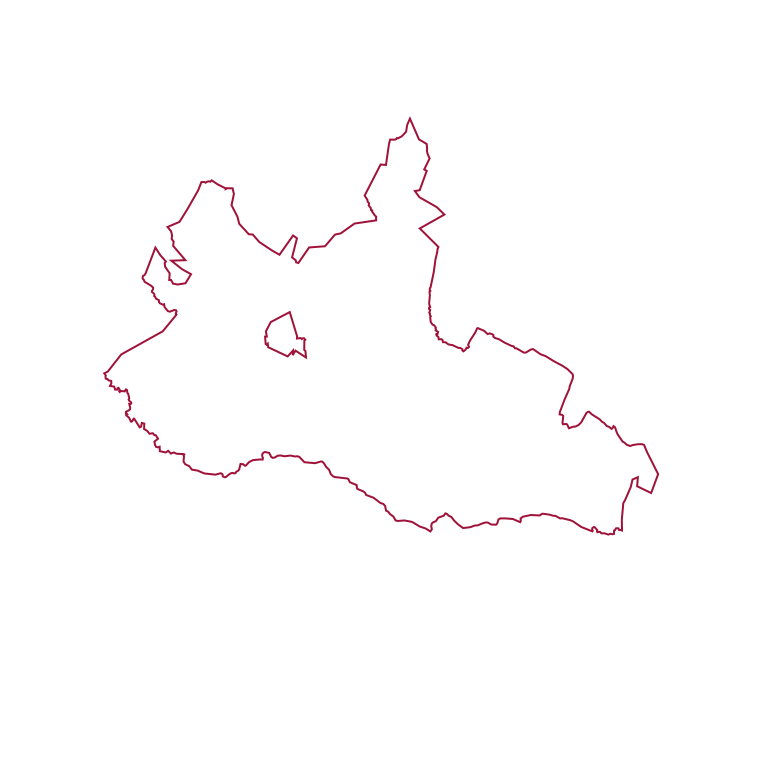 Masvingo, Masvingo, Zimbabwe (Mercator projection), rotated 315°
{"feature_id": "62879985B11590561680965", "entity_name": "Masvingo", "entity_type": "district", "adm_level": 2, "iso_a3": "ZWE", "parent_name": "Zimbabwe", "parent_adm1": "Masvingo", "projection": "mercator", "projection_center": [30.887, -20.31], "detail": "fine", "context": "isolated", "style": "outline", "palette": "rose", "viewbox_px": 768, "rotation_deg": 315, "n_neighbors": 0, "source": "geoboundaries", "source_scale": "gbopen_adm2", "svg_char_len": 6167}
<svg xmlns="http://www.w3.org/2000/svg" viewBox="0 0 768 768"><g transform="rotate(315 384 384)"><path d="M590.0,214.7L583.6,217.2L577.9,221.3L571.6,221.4L567.5,220.1L567.1,219.2L565.5,219.4L564.3,218.8L561.2,215.5L557.1,217.9L540.3,230.5L536.8,226.4L503.5,237.1L502.5,242.0L501.3,243.6L501.3,245.6L499.4,247.0L499.1,250.1L497.8,252.0L498.4,253.0L497.5,253.7L496.7,258.5L496.8,260.1L494.1,262.7L476.6,249.7L459.9,246.9L455.0,243.7L439.7,244.9L427.6,234.5L409.0,237.9L407.9,235.8L409.1,234.0L408.5,229.5L425.5,219.4L424.7,214.7L401.5,218.7L399.3,210.8L396.2,195.4L396.9,185.5L394.3,182.5L394.9,168.4L398.7,162.0L402.6,149.8L412.2,143.5L415.3,138.6L410.8,133.9L410.7,134.4L410.0,134.2L410.4,133.9L407.5,125.1L406.2,118.2L404.2,118.1L403.2,116.6L401.6,115.7L400.3,115.6L399.7,114.0L397.6,112.1L389.7,115.6L368.5,121.4L354.7,124.6L353.9,124.7L342.0,119.9L341.4,125.5L339.3,129.0L336.4,131.3L336.0,134.5L332.6,137.2L331.1,156.0L320.8,146.4L322.4,160.1L325.2,169.9L314.9,172.4L308.4,167.7L305.8,163.8L307.0,159.9L305.7,158.6L310.7,154.2L312.1,146.5L314.4,143.4L316.4,143.2L316.9,134.8L318.8,125.9L293.7,137.2L291.6,137.6L290.0,137.2L288.6,138.0L287.8,139.1L287.8,140.5L287.0,142.5L288.8,149.7L288.9,152.6L287.7,153.7L285.6,154.2L285.0,154.9L285.3,157.2L284.9,158.4L283.7,159.3L283.9,160.4L283.1,162.5L284.1,165.5L282.8,167.0L282.6,168.3L283.7,171.6L284.9,172.1L283.2,174.6L282.7,179.7L283.8,181.5L287.9,183.3L289.1,184.9L288.7,185.9L286.4,187.0L286.3,188.2L264.8,190.3L219.1,177.3L197.6,179.9L193.7,178.7L193.3,181.3L192.1,182.0L191.2,183.2L191.2,184.1L192.0,185.0L191.8,186.7L193.3,188.9L191.6,190.8L188.9,191.6L191.4,195.1L189.9,197.8L191.4,199.3L192.6,198.6L193.5,198.9L193.2,201.0L191.6,201.9L191.5,202.8L192.8,202.7L195.5,205.9L197.6,205.3L198.0,206.6L196.3,208.7L196.2,209.9L194.3,213.2L193.6,214.1L192.5,214.4L192.0,215.5L192.2,218.3L191.6,219.0L190.8,219.0L189.8,217.9L187.7,221.4L186.7,222.2L185.4,222.3L181.8,221.2L181.2,221.7L181.0,223.4L180.4,222.8L179.6,223.8L179.9,227.6L178.5,231.5L178.8,232.1L179.7,232.3L182.5,231.5L182.8,232.0L180.6,241.9L182.0,242.4L185.2,240.3L186.5,242.5L182.5,246.2L183.4,249.7L183.0,253.4L185.7,255.3L185.5,257.7L186.4,259.0L185.5,262.9L180.9,262.4L178.9,265.4L178.4,267.4L179.3,268.9L181.0,269.7L178.0,273.0L181.3,278.1L184.1,278.6L184.2,282.6L186.9,283.7L188.0,286.6L192.9,292.1L192.9,292.7L191.9,292.7L191.3,293.8L187.4,297.1L186.7,300.2L188.2,304.4L187.6,308.7L190.9,313.3L193.7,320.2L200.7,328.9L205.5,331.7L206.0,333.6L204.7,335.4L205.4,337.2L206.1,337.9L211.8,338.6L213.7,339.4L215.1,341.5L215.9,342.0L217.5,341.6L219.5,342.2L221.2,342.0L226.0,339.1L227.7,341.2L227.8,343.1L228.4,344.0L233.4,343.8L237.4,345.1L242.9,349.6L244.7,351.6L246.0,350.8L246.9,348.9L248.3,347.5L250.2,347.3L251.6,347.8L254.1,351.5L252.7,355.9L253.2,357.7L255.2,358.9L258.1,359.5L260.4,361.5L262.4,364.6L267.2,368.4L269.7,372.2L271.6,373.8L272.6,375.6L272.4,383.0L279.2,391.2L284.6,394.2L285.5,395.3L285.4,398.0L284.5,401.5L284.5,405.9L282.7,410.0L282.7,413.3L283.5,415.1L291.1,424.7L291.6,426.0L290.4,429.3L293.2,436.2L291.7,437.8L291.0,439.3L293.6,445.8L293.7,447.7L292.9,449.8L296.2,457.1L297.3,465.5L298.7,468.4L298.6,471.0L295.9,474.9L296.6,477.1L296.3,480.3L296.9,484.4L295.7,488.7L296.9,490.6L301.9,494.9L305.8,500.5L306.7,502.6L308.4,509.8L311.3,515.7L312.5,521.0L315.1,520.6L316.7,518.1L319.1,516.4L321.2,516.6L323.6,517.7L327.9,516.9L333.2,519.4L335.9,518.9L336.6,520.2L336.6,522.8L337.6,525.7L337.0,530.1L337.1,535.6L338.1,541.8L343.8,546.3L348.0,548.2L350.4,550.3L354.7,552.0L358.1,553.9L359.4,555.3L360.5,559.2L363.7,562.7L365.4,562.7L369.2,560.7L371.2,561.3L375.1,565.2L379.7,570.6L382.6,578.0L383.7,577.7L385.6,575.6L388.6,576.2L395.1,580.4L401.1,587.0L404.0,587.6L404.8,588.3L408.7,593.5L410.5,596.9L411.9,598.2L413.5,603.6L415.0,604.8L419.4,612.0L420.6,615.0L422.4,624.6L427.1,635.5L427.8,635.4L428.3,634.1L429.4,633.2L431.2,633.5L431.7,634.2L431.5,638.1L430.3,638.9L430.1,639.6L432.2,641.3L432.1,643.3L434.3,645.4L436.2,649.2L438.0,649.8L439.4,651.9L440.6,652.6L443.1,650.3L443.9,650.7L446.1,650.1L447.7,651.8L447.0,653.3L448.2,654.6L448.7,655.9L456.1,648.2L468.9,637.5L472.8,636.4L485.5,631.4L492.2,627.3L497.6,629.4L490.7,635.3L495.8,650.0L514.1,641.6L521.8,618.3L524.8,611.0L523.9,609.0L520.9,606.1L516.8,603.1L514.2,601.9L512.7,598.7L512.6,595.7L512.0,593.4L513.4,585.8L514.2,583.1L516.7,578.1L516.5,576.1L513.9,576.9L513.1,576.5L512.9,573.4L511.8,571.3L512.1,567.1L511.4,564.7L511.6,561.8L509.5,552.5L509.4,548.7L508.6,547.9L506.8,547.6L496.6,550.5L492.6,550.6L489.4,549.5L487.3,547.8L483.5,546.1L484.9,542.0L484.4,540.9L482.1,539.1L482.7,537.7L488.1,533.4L488.1,531.7L486.7,529.7L488.4,528.2L500.9,522.6L511.5,518.5L513.9,516.8L520.9,513.8L523.2,512.1L524.3,510.5L524.3,503.3L522.9,496.7L520.2,488.0L518.0,478.5L515.7,473.7L514.1,464.7L512.3,463.5L506.6,462.1L505.1,460.7L502.9,452.5L501.8,451.3L502.3,449.0L501.2,447.4L498.5,440.0L497.0,433.7L494.9,429.7L494.8,427.8L496.0,426.7L495.8,425.6L494.6,423.0L492.6,422.0L492.4,417.2L489.8,410.7L488.9,410.6L485.0,412.1L475.3,414.2L471.3,415.7L470.3,417.9L468.7,417.8L468.0,416.7L466.1,417.4L463.3,417.1L463.1,415.9L464.0,414.9L463.5,412.5L462.1,411.0L460.0,405.1L457.5,401.5L457.1,398.2L455.3,396.1L456.5,394.2L456.3,392.9L454.3,391.1L455.7,389.2L455.5,387.0L456.0,385.8L456.4,385.7L457.1,386.5L459.1,385.4L458.4,382.6L459.4,382.1L459.8,381.0L460.6,380.6L461.0,378.0L460.3,376.3L460.9,373.2L463.9,369.4L465.0,369.2L465.3,367.6L466.4,366.6L466.4,365.6L469.0,364.4L468.9,362.8L469.9,361.9L471.0,362.3L472.6,359.2L479.2,353.7L481.3,351.0L482.6,351.0L482.8,349.8L484.2,348.7L485.4,348.5L498.4,340.0L508.5,332.3L515.0,328.3L517.3,326.4L519.4,325.6L519.3,299.3L546.5,306.9L546.4,296.3L541.1,277.0L542.3,269.4L546.3,272.2L564.9,263.5L564.2,260.7L575.7,256.8L577.6,252.0L579.2,249.5L580.5,248.5L583.9,244.5L581.7,235.8L590.0,214.7ZM347.7,260.1L368.2,266.5L356.3,288.8L354.6,290.3L357.5,292.5L357.6,294.1L358.9,294.3L359.8,295.0L359.6,297.1L358.4,297.0L351.7,303.5L351.7,305.2L347.6,310.1L345.0,297.8L339.9,299.1L343.3,296.0L335.4,296.4L328.1,276.1L330.3,273.3L328.8,273.4L328.6,272.1L333.4,266.4L334.7,267.6L337.7,263.3L347.7,260.1Z" fill="none" stroke="#9f1239" stroke-width="2"/></g></svg>